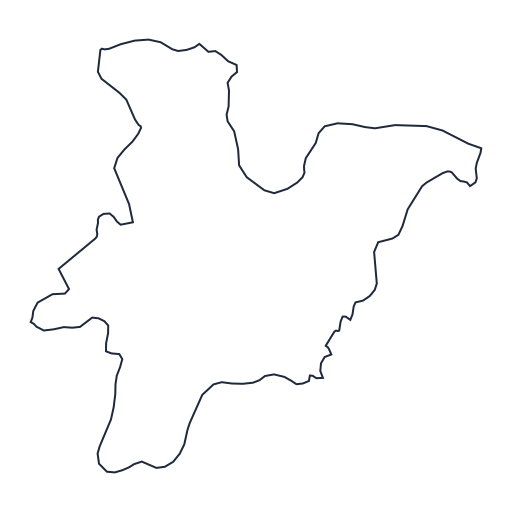 map outline of Banwa (orthographic projection)
{"feature_id": "BFA-2801", "entity_name": "Banwa", "entity_type": "Province", "adm_level": 1, "iso_a3": "BFA", "parent_name": "Burkina Faso", "parent_adm1": "", "projection": "orthographic", "projection_center": [-4.172, 12.228], "detail": "fine", "context": "isolated", "style": "outline", "palette": "slate", "viewbox_px": 512, "rotation_deg": 0, "n_neighbors": 0, "source": "natural_earth", "source_scale": "10m", "svg_char_len": 2316}
<svg xmlns="http://www.w3.org/2000/svg" viewBox="0 0 512 512"><path d="M178.1,51.0L186.7,49.9L194.4,47.3L199.4,43.9L208.4,51.8L215.3,51.1L221.3,54.9L228.2,61.3L236.6,65.0L237.0,72.1L231.6,76.5L227.6,82.8L229.0,90.7L228.6,106.4L226.6,114.7L227.6,121.3L234.2,131.4L238.1,149.2L239.1,165.3L246.7,177.2L264.4,190.3L274.2,193.2L287.5,188.8L297.3,182.5L302.5,177.3L304.5,172.7L304.1,169.3L304.0,166.0L305.8,158.1L315.7,143.1L318.6,133.2L324.7,126.3L337.5,123.3L352.4,124.2L365.1,127.1L375.0,128.3L395.1,125.1L426.5,126.1L442.5,130.5L468.3,143.7L481.3,148.3L480.5,152.9L476.8,162.9L475.7,168.7L476.8,178.3L475.5,182.3L470.1,186.1L466.9,182.4L463.7,181.5L460.5,181.1L457.2,178.7L451.7,172.3L450.0,171.6L447.5,171.4L442.5,173.2L426.6,182.5L422.1,186.2L407.7,209.3L402.5,226.1L398.4,234.8L392.5,238.5L378.2,242.2L374.1,252.0L376.8,283.5L374.8,289.8L369.9,295.9L363.0,300.6L355.5,302.4L353.7,306.5L352.5,314.4L350.3,319.9L345.7,316.6L342.6,316.6L340.6,321.6L339.2,330.6L337.8,331.0L336.0,330.6L334.4,331.6L325.7,345.8L328.0,347.5L329.1,349.3L331.3,354.5L324.7,357.0L321.0,363.3L320.3,371.0L322.9,377.9L316.3,378.2L312.7,375.8L309.9,375.5L308.9,381.0L302.8,383.5L296.4,384.2L291.2,380.7L284.4,376.9L274.0,374.4L265.0,376.0L259.5,380.2L253.0,382.7L242.7,383.8L231.9,383.5L221.7,382.2L213.5,384.4L202.3,394.8L189.7,423.1L187.5,429.8L184.3,444.3L179.8,453.6L173.2,461.8L164.8,466.8L156.4,467.9L141.8,461.6L134.2,464.1L128.9,467.4L122.1,470.3L114.8,472.4L106.9,471.7L99.0,463.7L97.6,453.5L99.7,446.3L111.0,419.4L113.7,407.1L115.3,393.8L115.5,384.1L116.8,375.6L120.1,367.1L122.3,359.1L119.3,354.1L111.4,353.4L106.0,351.3L106.1,343.3L108.1,333.2L108.2,325.5L104.4,321.2L98.5,318.3L92.2,317.6L80.0,326.9L72.4,327.7L63.8,327.1L53.9,329.3L43.8,330.5L36.5,326.7L33.8,323.8L30.7,322.1L32.4,317.7L33.3,310.9L37.6,302.6L52.5,294.2L64.9,293.6L69.0,289.1L58.6,268.9L95.1,238.7L96.7,236.9L97.3,234.4L96.6,229.6L98.0,223.0L97.9,219.6L99.0,216.7L103.5,213.9L109.6,213.5L113.7,216.9L116.9,221.5L120.6,224.7L132.9,222.3L129.1,204.2L114.2,168.2L117.5,157.9L124.5,149.4L132.4,141.7L138.2,133.8L141.0,128.0L140.8,126.4L138.6,124.9L135.0,119.5L126.3,99.6L119.4,92.8L101.5,78.8L97.9,71.8L100.4,49.9L101.9,48.7L104.7,49.4L109.0,48.8L121.1,44.1L134.8,40.6L148.5,39.6L160.6,42.2L172.4,49.3L178.1,51.0Z" fill="none" stroke="#1e293b" stroke-width="2"/></svg>